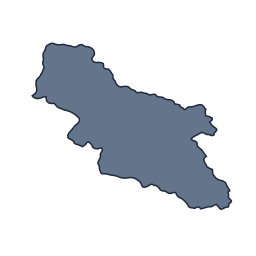 Cachoeira de Pajeú, Minas Gerais, Brazil (Equal Earth projection), rotated 259°
{"feature_id": "56859067B3346078437629", "entity_name": "Cachoeira de Pajeú", "entity_type": "district", "adm_level": 2, "iso_a3": "BRA", "parent_name": "Brazil", "parent_adm1": "Minas Gerais", "projection": "equal_earth", "projection_center": [-41.503, -15.962], "detail": "fine", "context": "isolated", "style": "filled", "palette": "slate", "viewbox_px": 256, "rotation_deg": 259, "n_neighbors": 0, "source": "geoboundaries", "source_scale": "gbopen_adm2", "svg_char_len": 4247}
<svg xmlns="http://www.w3.org/2000/svg" viewBox="0 0 256 256"><g transform="rotate(259 128 128)"><path d="M69.4,130.5L67.5,131.0L66.7,132.8L66.8,134.9L67.2,136.6L67.8,138.2L68.4,140.4L67.6,141.8L66.6,142.8L66.0,144.9L64.3,146.2L62.7,147.2L60.9,148.0L59.6,150.0L58.9,152.6L57.3,154.1L56.1,155.5L55.6,157.8L56.1,160.8L55.2,162.5L53.9,162.8L52.7,163.2L51.3,164.0L50.0,165.0L49.2,166.2L47.6,168.1L45.8,169.4L44.3,170.4L42.4,171.5L40.6,172.2L39.2,172.5L38.0,173.9L37.3,176.1L36.4,178.0L37.0,179.9L37.2,181.7L36.5,183.1L34.8,183.9L34.8,185.9L35.0,187.7L35.3,190.1L35.2,192.6L34.8,195.0L35.6,197.1L36.1,200.3L34.5,201.0L33.2,201.9L31.2,202.8L30.3,204.3L30.8,206.1L31.5,208.8L31.4,211.5L33.0,212.3L34.5,212.6L35.1,214.5L36.5,215.6L37.8,215.2L38.9,214.3L40.6,213.4L42.1,213.7L43.6,214.1L45.8,213.8L46.9,215.9L48.2,215.7L49.7,215.0L51.7,214.3L53.8,213.7L55.2,213.5L56.5,212.6L57.7,211.3L58.6,209.7L59.3,208.2L60.5,206.4L61.6,205.1L62.9,204.2L64.3,203.6L65.7,202.9L67.3,202.4L69.1,202.8L71.2,202.9L72.2,201.3L73.5,199.6L75.0,198.0L76.9,197.8L78.7,197.0L80.5,196.3L81.9,196.5L83.3,196.7L84.3,197.6L85.2,199.5L87.1,198.6L89.2,197.6L90.8,196.9L92.5,196.2L94.1,194.8L96.2,193.1L98.0,192.5L99.6,192.9L101.3,192.6L102.7,190.8L103.6,188.9L105.0,188.0L106.5,189.7L107.2,191.8L107.8,193.5L108.3,195.5L109.0,197.3L109.5,198.9L109.1,201.1L107.8,202.5L106.6,203.9L106.2,206.2L105.2,207.4L104.4,209.3L104.9,211.2L106.4,211.6L107.6,213.2L109.0,214.8L110.7,214.4L112.2,213.0L114.2,211.3L116.2,210.1L118.2,209.3L119.0,210.9L120.2,212.4L121.8,212.5L123.1,210.7L124.1,209.2L124.7,207.5L125.7,206.5L127.1,206.8L128.7,206.9L130.3,207.4L131.7,208.0L132.8,206.8L134.6,206.5L135.8,205.6L136.8,204.5L137.2,202.6L137.2,200.4L137.0,198.7L136.7,196.5L136.6,194.5L137.0,192.9L137.0,190.7L135.8,188.6L135.2,186.8L137.0,185.8L138.7,183.6L140.8,183.1L141.8,181.0L142.8,178.5L144.9,178.1L146.6,176.7L147.7,174.6L148.1,172.9L148.9,170.9L150.1,169.3L151.4,168.1L152.1,166.1L152.8,163.6L154.0,162.2L155.3,161.5L156.2,160.3L156.3,158.1L156.3,155.6L157.7,153.7L158.7,152.1L159.3,150.2L160.6,147.9L160.7,145.9L161.2,143.1L163.4,141.9L164.8,139.6L165.9,138.0L167.1,137.2L168.6,135.9L169.4,133.4L169.6,130.7L170.0,128.0L171.0,126.5L172.7,125.3L174.4,124.6L176.6,124.3L178.2,123.4L179.8,122.8L181.5,123.0L183.1,123.2L185.5,122.1L187.7,121.2L189.5,120.2L189.9,118.6L190.5,116.9L191.9,115.6L193.2,115.8L194.7,116.0L196.0,116.0L197.2,114.3L198.0,112.0L198.3,109.4L199.2,107.3L200.7,106.1L202.5,105.6L203.6,106.2L205.0,107.5L206.3,108.9L207.8,109.3L209.3,109.3L211.3,108.9L212.8,107.9L214.3,106.4L215.4,104.3L216.1,101.8L217.4,100.1L218.6,98.8L218.9,96.6L218.1,94.4L217.5,92.3L218.0,89.9L219.2,88.0L220.0,86.2L220.6,84.0L221.8,82.1L222.5,80.1L222.6,77.9L222.9,75.6L223.9,73.1L224.9,71.5L225.6,70.0L225.7,67.9L224.9,65.9L224.5,64.2L223.1,62.7L221.0,61.9L219.3,60.5L217.9,59.5L216.4,58.5L214.7,58.4L213.1,58.1L211.8,58.3L210.4,57.7L208.5,56.8L206.6,56.6L205.1,57.0L202.7,57.0L201.0,55.5L199.5,54.6L198.3,53.8L197.4,52.7L196.1,52.0L195.0,50.6L193.3,48.1L191.5,46.6L190.0,46.5L188.1,45.9L186.0,45.9L184.7,45.9L183.1,45.8L181.1,45.0L179.6,43.5L178.8,41.9L177.9,40.1L176.2,41.1L174.9,42.8L174.2,44.3L174.0,45.9L174.1,48.4L174.7,51.0L174.2,53.5L172.1,53.2L170.5,53.3L169.2,53.8L167.6,55.1L166.6,57.6L166.3,60.3L165.1,61.0L163.7,61.7L162.3,62.6L160.9,64.1L159.7,66.1L158.8,67.4L157.9,68.7L157.1,70.5L156.2,72.4L154.8,74.7L153.5,76.2L152.5,77.4L151.3,78.6L149.7,80.0L147.9,81.3L146.0,82.0L144.4,81.7L142.9,80.6L141.7,78.9L141.1,77.5L140.2,76.2L138.9,74.6L137.4,73.0L136.0,71.1L134.7,69.4L133.5,68.3L132.0,67.4L130.1,67.2L129.0,67.9L127.7,69.6L126.1,71.4L124.9,72.1L123.1,72.5L122.0,74.1L121.3,75.5L120.5,76.9L119.4,78.3L118.4,79.6L119.3,82.1L120.5,83.8L121.5,84.7L121.9,86.4L120.2,88.0L118.6,89.1L117.3,89.4L115.7,89.8L114.2,91.3L113.3,94.3L113.5,96.3L113.8,98.0L112.4,98.7L110.7,98.4L109.7,97.5L108.4,96.4L107.1,95.7L104.9,95.4L103.1,94.3L102.0,93.3L100.3,92.1L98.5,91.7L97.0,92.4L95.1,92.4L93.5,92.1L92.2,92.2L90.6,92.6L89.1,92.8L88.0,93.8L87.6,95.8L87.1,97.8L86.2,99.9L85.3,101.6L84.5,104.0L83.6,106.4L82.1,109.2L80.9,111.0L80.0,113.0L79.5,115.0L79.2,116.7L79.1,118.7L79.0,120.9L78.3,122.9L77.4,125.0L75.8,126.8L73.6,128.9L71.5,130.1L69.4,130.5Z" fill="#64748b" stroke="#1e293b" stroke-width="1.5"/></g></svg>